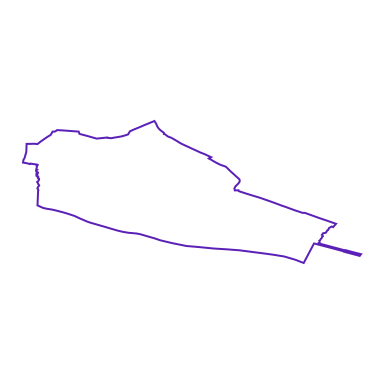 Lielvārde, Keguma, Latvia (Equal Earth projection)
{"feature_id": "27541924B73355249500157", "entity_name": "Lielvārde", "entity_type": "district", "adm_level": 2, "iso_a3": "LVA", "parent_name": "Latvia", "parent_adm1": "Keguma", "projection": "equal_earth", "projection_center": [24.806, 56.72], "detail": "fine", "context": "isolated", "style": "outline", "palette": "violet", "viewbox_px": 384, "rotation_deg": 0, "n_neighbors": 0, "source": "geoboundaries", "source_scale": "gbopen_adm2", "svg_char_len": 4209}
<svg xmlns="http://www.w3.org/2000/svg" viewBox="0 0 384 384"><path d="M211.1,157.2L210.4,156.9L209.6,156.5L207.9,155.7L206.8,155.2L205.8,154.7L205.2,154.4L203.4,153.7L202.5,153.3L201.7,153.0L200.5,152.6L200.0,152.3L198.5,151.6L198.3,151.5L197.9,151.4L196.6,150.7L195.8,150.4L195.2,150.1L191.2,148.3L190.0,147.7L189.8,147.6L188.3,146.9L184.7,145.3L183.8,144.8L182.8,144.4L182.2,144.1L181.6,143.8L181.4,143.7L180.4,143.2L180.1,143.0L179.6,142.7L178.2,141.8L175.7,140.3L174.0,139.3L171.7,138.0L171.4,137.8L167.9,136.5L167.4,136.1L166.3,135.3L165.4,134.5L164.6,134.1L163.9,134.0L163.9,132.8L162.8,132.0L162.2,131.6L160.1,129.9L159.1,129.0L158.1,127.7L157.2,126.3L157.1,126.1L156.5,124.5L155.5,122.6L154.9,121.8L154.4,121.0L152.3,121.9L150.3,122.7L148.4,123.5L146.0,124.5L145.3,124.7L139.6,127.2L136.4,128.5L133.2,129.8L131.5,130.6L131.1,130.8L130.6,131.0L130.3,131.1L130.0,131.2L128.1,134.4L124.5,135.6L123.0,136.0L121.6,136.4L118.7,136.9L115.0,137.5L112.7,137.9L111.2,138.2L110.3,138.1L108.0,137.9L107.5,137.9L107.4,137.5L96.6,138.6L87.1,135.9L79.5,133.9L78.7,131.6L62.6,130.4L62.3,130.4L62.1,130.4L61.3,130.3L60.6,130.3L57.1,130.1L55.6,131.2L55.0,131.5L54.7,131.6L52.6,131.6L50.7,134.9L47.2,137.0L46.9,137.2L40.9,141.4L37.4,144.1L34.7,143.8L26.6,143.9L26.3,152.0L24.7,157.5L24.5,158.2L24.0,159.0L23.5,159.7L23.5,160.0L23.4,160.3L23.0,162.6L25.7,163.0L28.3,163.6L29.2,163.9L30.0,164.1L30.2,163.8L30.3,163.6L33.7,164.1L37.1,164.6L37.4,164.7L37.2,165.0L36.9,165.5L37.3,165.6L37.0,166.1L36.9,166.3L36.9,166.6L36.8,166.9L36.8,167.1L36.8,167.3L36.7,167.7L36.6,168.1L36.4,168.7L36.5,169.2L37.0,169.6L36.4,169.8L36.6,170.3L36.1,170.7L36.2,171.3L36.3,171.4L36.6,171.5L36.7,171.8L36.8,171.8L36.9,172.1L37.5,172.3L38.0,172.5L38.1,172.8L37.8,173.1L37.7,173.1L37.3,173.2L37.2,173.1L36.9,173.1L36.7,173.0L36.5,173.4L36.4,173.8L36.4,174.1L36.4,174.3L36.6,174.4L36.7,174.5L36.8,174.5L37.0,174.7L37.3,174.7L37.4,174.8L37.4,175.0L37.2,175.1L37.0,175.3L36.9,175.3L36.5,175.4L36.4,175.4L36.4,175.5L36.4,175.8L36.5,175.9L36.6,176.0L36.8,176.1L37.3,176.2L37.6,176.3L37.9,176.4L38.0,176.6L38.2,176.8L38.1,177.0L38.0,177.3L38.0,177.6L37.8,177.8L37.9,178.0L38.2,178.3L38.4,178.3L38.6,178.4L38.9,178.5L39.0,178.6L39.0,178.8L38.9,178.9L38.8,179.0L39.1,179.3L38.9,180.0L38.1,181.2L37.6,182.0L37.2,182.1L37.3,182.3L37.6,182.5L38.2,184.0L39.2,185.3L38.9,185.9L38.8,186.1L38.5,186.3L38.2,186.7L37.9,187.2L37.8,187.4L37.6,187.8L37.4,188.5L37.7,188.9L38.0,189.1L38.1,189.7L38.4,190.2L38.1,190.7L37.5,205.4L42.8,207.8L46.4,208.7L51.6,209.5L54.4,210.1L62.6,212.2L66.7,213.4L74.4,215.9L80.0,218.5L87.2,221.6L90.1,222.6L104.7,226.8L109.4,228.2L117.6,230.6L123.1,231.9L128.6,232.8L133.3,233.2L136.6,233.5L140.2,234.2L155.0,238.5L160.3,240.3L172.1,243.1L176.0,243.9L186.4,246.0L198.2,247.0L213.5,248.5L226.4,249.3L239.5,250.3L265.1,253.6L273.8,254.8L284.3,256.5L295.5,259.8L303.7,263.0L314.0,243.5L315.1,243.6L316.1,244.0L330.6,247.8L345.8,251.9L345.4,252.1L359.7,255.9L361.0,254.2L360.5,254.1L358.7,253.6L352.0,251.9L345.3,250.1L345.1,250.4L318.4,243.3L318.5,243.0L319.2,242.8L319.7,242.6L319.6,241.7L319.6,241.3L319.3,240.8L320.3,239.9L321.0,238.7L321.7,238.1L321.9,237.5L322.0,237.1L322.4,236.5L322.9,236.2L322.5,235.3L321.9,234.9L322.5,234.1L323.0,233.3L324.4,233.0L325.7,232.8L326.1,232.2L326.6,231.6L326.7,231.3L327.2,230.5L328.1,230.0L328.5,229.2L329.0,228.1L329.3,227.8L329.8,227.6L330.2,227.4L331.7,226.5L333.1,227.1L333.3,226.7L333.8,226.4L335.3,224.6L336.0,223.8L335.1,223.5L327.1,220.7L319.4,218.1L305.8,213.2L305.0,212.9L302.6,212.9L300.6,212.2L298.2,211.4L295.7,210.6L292.1,209.3L288.5,208.0L285.0,206.7L281.4,205.5L274.5,202.9L270.3,201.4L270.0,201.3L259.4,197.6L253.4,195.8L247.2,193.9L239.8,191.5L238.7,191.1L238.4,190.5L238.4,190.3L234.8,190.4L234.7,189.5L234.4,188.5L235.4,186.4L238.0,183.9L239.5,182.0L239.7,180.4L239.5,179.6L238.8,178.7L238.5,178.5L233.1,173.6L232.0,172.6L230.6,171.4L228.8,169.6L226.3,167.1L225.4,166.5L222.7,165.6L221.6,165.2L220.2,164.7L219.3,164.3L218.7,164.0L218.1,163.6L217.3,163.3L217.3,163.2L216.0,162.6L214.5,161.7L213.9,161.4L212.4,160.5L210.2,159.2L209.8,159.0L209.4,158.8L209.1,158.7L208.8,158.5L209.3,158.2L209.9,158.0L210.5,157.6L211.1,157.2Z" fill="none" stroke="#5b21b6" stroke-width="2"/></svg>